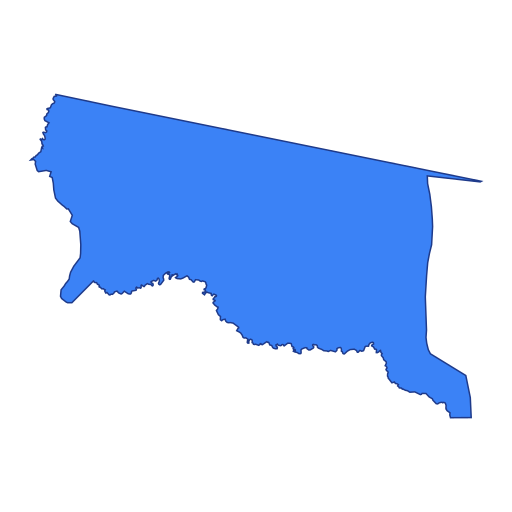 25 de Mayo, San Juan, Argentina
{"feature_id": "61730980B22681975457322", "entity_name": "25 de Mayo", "entity_type": "district", "adm_level": 2, "iso_a3": "ARG", "parent_name": "Argentina", "parent_adm1": "San Juan", "projection": "natural_earth1", "projection_center": [-67.911, -32.038], "detail": "fine", "context": "isolated", "style": "filled", "palette": "blue", "viewbox_px": 512, "rotation_deg": 0, "n_neighbors": 0, "source": "geoboundaries", "source_scale": "gbopen_adm2", "svg_char_len": 6011}
<svg xmlns="http://www.w3.org/2000/svg" viewBox="0 0 512 512"><path d="M450.5,417.7L471.2,417.6L470.3,397.6L465.8,375.5L430.4,353.8L428.3,349.7L426.7,343.2L426.0,337.4L426.5,330.1L425.3,296.9L426.6,275.5L427.7,262.7L429.5,253.2L431.6,244.8L432.6,226.6L432.3,219.0L431.4,206.8L429.8,194.3L427.6,183.6L427.3,175.9L480.2,181.9L481.3,181.3L111.7,106.2L55.2,94.3L56.6,95.2L56.5,96.0L54.2,96.4L53.1,98.5L53.2,99.6L54.7,101.4L54.5,102.5L54.0,103.2L52.8,103.6L51.5,104.7L50.5,107.3L49.9,108.0L47.7,108.4L46.9,108.9L47.1,109.6L48.4,110.0L48.7,110.6L48.7,111.7L48.2,112.7L46.7,114.1L46.7,115.3L46.4,115.7L44.3,117.3L44.2,118.9L44.9,120.6L49.0,122.8L47.6,124.6L47.0,126.8L46.0,126.9L45.4,127.4L45.6,129.9L46.8,130.9L46.6,131.9L45.7,132.6L43.3,132.2L42.9,132.5L43.4,134.0L44.6,135.7L45.2,138.2L45.0,139.3L44.1,139.8L43.2,139.5L42.5,138.6L41.5,140.0L41.2,139.3L40.4,139.0L40.2,139.5L41.5,140.9L42.0,143.1L41.9,143.8L42.7,144.6L43.3,146.0L42.1,146.4L42.6,148.3L41.6,147.9L40.8,151.7L38.7,153.1L37.3,154.9L36.1,155.5L35.2,157.0L33.9,157.1L33.1,158.1L31.8,158.8L30.7,160.0L33.7,159.5L35.6,161.4L35.2,164.1L37.2,170.5L38.6,171.7L46.3,170.4L51.1,171.8L49.7,176.4L52.2,177.5L53.3,183.2L53.8,189.8L55.5,198.1L57.9,201.2L62.3,205.1L64.1,206.4L66.8,209.0L68.3,208.8L72.3,215.3L70.3,221.5L72.2,223.7L78.6,227.4L79.8,231.2L80.8,244.7L80.6,253.5L80.1,257.8L73.8,266.2L70.6,272.2L69.6,275.9L69.2,279.0L67.6,281.3L65.6,283.6L64.2,286.0L61.1,289.8L60.5,296.3L61.6,298.5L66.1,302.0L67.6,302.7L71.9,302.7L93.4,281.0L93.9,281.3L94.1,282.0L95.0,282.6L96.6,282.6L97.5,284.4L98.1,284.4L99.1,285.0L99.3,285.5L99.0,286.1L99.5,286.6L99.4,287.1L100.3,287.3L101.9,288.9L103.5,288.7L104.5,289.8L105.2,289.9L104.8,291.1L105.5,292.6L105.9,293.1L106.9,292.4L109.2,294.9L110.1,294.9L111.0,294.2L112.5,294.3L113.9,293.1L114.5,291.9L117.0,291.1L118.6,292.9L121.1,294.0L122.1,293.5L124.3,291.2L128.1,293.7L129.3,294.0L130.6,294.0L131.4,292.8L131.5,291.4L132.1,291.0L136.0,290.3L136.4,289.6L135.9,288.4L136.1,287.5L136.6,287.1L137.2,287.5L137.5,288.0L139.5,287.8L140.6,288.2L141.1,287.7L141.1,285.3L141.6,285.0L143.7,286.5L144.3,286.5L145.0,285.3L147.3,283.6L148.8,284.3L150.9,284.5L152.1,285.8L152.6,285.9L153.2,285.0L152.8,283.4L151.5,282.9L151.1,282.3L151.1,281.6L153.6,280.4L155.7,281.1L157.0,280.1L157.5,278.4L158.3,278.1L159.0,278.9L159.5,281.0L158.5,283.2L158.8,284.2L159.8,284.8L160.7,284.3L163.7,280.3L163.6,278.8L163.1,277.8L163.3,275.4L165.7,273.1L167.9,271.9L168.9,271.8L169.6,272.4L169.3,272.9L167.5,273.0L167.2,273.5L167.5,274.0L169.2,274.6L169.7,275.0L169.8,275.6L169.1,278.4L169.5,279.3L170.3,279.2L171.3,276.7L171.8,276.4L172.1,274.8L172.7,274.8L172.9,275.5L175.8,273.7L176.4,274.6L177.1,274.0L177.8,275.7L177.2,276.5L175.5,277.5L175.9,278.0L177.2,278.6L180.7,278.9L182.9,278.1L187.0,275.8L188.6,277.1L189.5,279.3L191.1,279.7L193.0,281.9L193.6,282.1L194.3,281.9L195.5,279.7L198.8,280.0L199.8,280.9L201.3,281.5L202.5,280.9L205.2,281.8L205.7,282.4L206.1,284.2L206.7,285.1L206.1,287.6L205.6,288.4L204.2,289.0L204.1,289.7L205.4,290.1L205.5,290.9L204.7,292.1L202.6,292.4L202.5,293.3L204.5,294.8L205.2,293.6L206.8,292.0L207.9,292.6L211.2,293.4L211.2,294.6L211.6,295.5L212.4,295.7L213.3,294.4L213.9,294.1L216.3,295.2L216.5,295.7L216.2,296.4L214.9,296.6L214.8,297.2L213.3,298.6L213.2,299.6L215.1,300.4L214.9,301.1L213.3,302.2L213.0,302.9L214.7,305.0L217.3,307.0L218.1,307.2L217.7,308.9L216.4,310.5L218.4,314.7L220.5,316.5L220.3,319.4L220.5,319.9L221.7,320.7L222.7,319.7L225.1,319.2L225.8,321.2L227.1,322.4L228.3,322.7L230.4,322.6L233.1,323.1L238.6,327.2L238.7,327.9L237.9,328.5L236.7,330.7L239.4,332.1L240.7,333.0L242.2,335.2L243.0,337.3L243.9,337.9L244.9,338.0L245.8,337.8L248.0,339.3L247.4,341.0L247.3,342.6L247.8,343.1L248.8,343.1L248.9,340.9L249.5,339.9L250.4,339.2L251.8,339.7L252.3,340.9L252.1,342.6L253.1,343.2L253.5,344.3L254.7,344.5L255.5,344.2L258.7,345.3L259.7,344.7L260.3,343.6L260.9,343.6L261.3,344.4L262.3,344.7L266.8,341.7L267.8,342.4L268.5,342.3L269.0,342.9L269.7,344.9L271.7,345.5L272.7,347.5L273.5,348.2L275.5,348.8L277.1,348.7L277.4,347.9L277.3,347.0L276.5,346.7L275.9,345.0L277.4,344.1L278.1,345.2L280.7,345.7L281.4,345.3L281.8,344.7L282.7,344.5L283.5,344.8L283.7,345.6L284.2,345.9L287.7,343.2L290.2,343.3L291.2,343.6L292.0,346.5L293.4,347.0L293.8,347.5L293.1,348.4L293.4,349.2L293.7,349.6L294.7,349.3L295.3,349.8L295.3,350.8L293.6,350.7L293.3,351.2L294.6,351.9L297.2,352.5L298.8,353.6L300.1,353.7L300.7,353.6L301.1,353.0L301.0,349.9L302.0,348.9L305.0,347.7L306.0,347.7L306.8,347.8L307.0,348.7L308.8,350.0L310.3,349.9L313.4,348.0L313.8,347.0L312.7,345.6L312.6,345.0L313.0,344.5L313.8,344.4L314.5,344.9L316.0,344.7L317.2,345.5L317.5,347.3L318.6,348.2L321.9,349.5L323.7,350.7L327.1,351.0L328.2,351.5L330.6,350.4L335.4,351.8L336.7,350.6L337.0,349.8L336.9,348.7L337.3,348.3L338.7,347.7L340.5,347.5L341.2,348.3L341.4,349.3L341.4,351.2L342.3,351.7L342.9,353.4L343.4,353.8L344.4,353.9L347.3,351.2L350.1,349.6L354.3,349.2L356.5,350.5L357.3,352.2L357.8,352.3L358.4,352.1L359.7,350.5L360.6,350.6L361.3,351.2L362.8,351.0L363.6,350.6L365.1,346.7L366.0,346.2L368.5,346.2L368.9,344.5L370.4,342.8L372.5,342.2L373.4,342.6L373.6,344.0L372.4,344.6L371.7,345.3L371.7,345.9L373.6,347.0L374.6,349.1L375.9,349.2L376.5,349.7L376.3,352.6L377.2,352.7L378.9,351.8L379.7,350.7L380.5,350.4L381.0,352.5L382.1,353.6L381.4,354.8L381.4,355.6L383.2,357.7L383.7,359.7L386.1,361.7L386.4,363.2L385.2,365.7L385.9,366.0L386.9,367.3L387.0,368.0L386.0,369.3L386.5,370.6L387.8,371.4L388.1,372.7L387.6,373.8L387.5,376.1L388.1,377.0L388.2,378.1L391.9,382.8L394.4,382.0L395.4,383.5L397.1,383.8L398.4,384.6L397.6,385.9L398.9,387.0L399.3,387.9L401.5,388.1L402.3,389.2L402.9,389.0L405.4,390.3L407.4,390.7L409.8,392.2L414.8,391.9L420.4,394.6L421.4,394.3L422.1,393.4L426.0,393.5L429.1,396.9L432.4,398.8L432.9,400.2L436.2,403.7L437.7,403.9L439.3,402.8L441.3,402.3L442.3,402.4L442.8,402.8L443.3,402.4L444.2,402.5L445.3,403.1L446.1,405.5L445.9,408.2L446.3,408.9L446.1,409.1L447.1,410.7L450.0,412.8L449.8,415.0L450.5,417.7Z" fill="#3b82f6" stroke="#1e3a8a" stroke-width="1.5"/></svg>